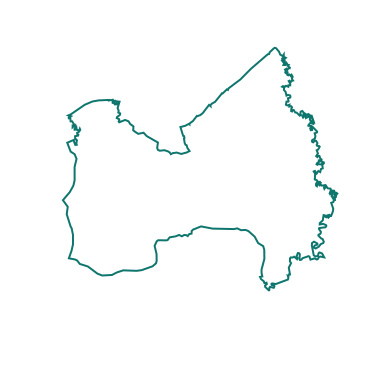 Aceh Utara, Aceh, Indonesia (Natural Earth projection), rotated 341°
{"feature_id": "22746128B43339434023645", "entity_name": "Aceh Utara", "entity_type": "district", "adm_level": 2, "iso_a3": "IDN", "parent_name": "Indonesia", "parent_adm1": "Aceh", "projection": "natural_earth1", "projection_center": [97.205, 4.994], "detail": "fine", "context": "isolated", "style": "outline", "palette": "teal", "viewbox_px": 384, "rotation_deg": 341, "n_neighbors": 0, "source": "geoboundaries", "source_scale": "gbopen_adm2", "svg_char_len": 6055}
<svg xmlns="http://www.w3.org/2000/svg" viewBox="0 0 384 384"><g transform="rotate(341 192 192)"><path d="M318.3,83.4L317.2,82.6L315.9,82.9L310.9,85.2L309.8,86.7L308.6,86.4L287.6,94.8L274.5,101.3L260.3,105.9L259.2,107.2L258.4,106.3L253.1,108.8L252.6,108.4L243.1,114.3L239.6,114.9L237.5,116.0L237.4,116.7L236.5,115.2L227.7,121.0L224.8,122.0L221.3,122.0L222.1,121.2L216.0,125.2L211.6,126.6L211.5,127.2L211.0,126.6L207.0,127.2L202.2,126.8L201.9,136.0L202.7,136.6L202.4,138.6L201.8,138.8L201.0,143.6L201.3,145.3L202.1,145.9L202.0,148.8L203.0,152.5L199.8,152.9L194.2,152.5L190.3,149.7L186.4,149.0L184.3,149.4L183.8,147.3L182.3,145.6L179.5,143.5L175.0,142.5L173.5,141.1L173.4,139.0L175.9,134.1L167.4,124.4L165.5,120.2L160.1,119.5L158.0,116.8L156.5,114.5L158.0,110.9L155.7,107.6L155.0,104.5L152.2,102.1L145.9,102.4L145.6,101.5L146.7,100.4L146.8,99.4L144.9,97.6L145.4,96.8L149.0,95.6L149.7,94.3L148.2,92.9L149.1,91.4L149.0,88.4L152.9,83.0L148.8,81.0L148.9,79.7L148.6,81.2L150.3,82.1L149.5,83.4L150.6,83.8L150.2,84.9L147.6,84.0L147.7,83.2L146.0,81.9L146.4,80.5L147.4,80.9L147.2,79.0L143.2,78.4L143.4,77.9L133.6,75.0L127.2,74.0L119.0,74.6L102.8,79.1L100.1,79.3L102.2,80.9L99.8,81.3L99.5,82.2L101.0,82.6L100.2,85.7L101.6,86.1L102.7,90.3L102.1,91.3L100.8,90.3L100.2,91.9L101.4,91.4L102.7,92.2L103.5,91.5L103.4,93.4L101.5,94.0L101.3,94.9L102.0,95.0L103.6,93.8L103.3,95.7L105.4,97.1L106.5,95.7L106.6,96.8L104.9,98.2L102.6,98.7L102.4,99.7L103.2,100.7L102.7,101.6L99.6,101.2L98.7,104.3L99.7,104.6L100.0,105.8L98.6,108.0L98.4,109.8L97.0,109.5L96.8,104.3L90.1,104.8L90.4,114.3L93.3,118.0L93.6,123.1L89.1,130.2L84.8,142.8L81.8,147.5L76.3,152.4L67.3,157.7L69.7,165.5L66.3,172.3L66.0,185.1L66.4,187.0L65.5,193.8L62.4,202.8L59.0,208.3L54.0,214.6L59.7,217.9L61.1,219.4L62.5,223.5L69.3,228.5L76.0,238.4L79.9,241.7L89.3,244.4L94.6,243.6L101.5,243.7L114.0,248.5L119.0,249.5L130.5,249.4L134.8,247.7L136.2,245.5L138.3,239.0L139.1,230.8L142.5,227.2L144.2,226.6L152.2,229.4L153.3,229.5L156.1,227.6L162.1,228.6L165.8,228.4L168.0,230.6L170.6,230.1L172.5,230.9L173.6,232.3L175.6,230.9L178.0,231.2L179.0,228.8L180.8,227.9L189.4,227.5L199.5,233.3L219.6,240.7L222.9,241.1L226.0,244.1L230.3,245.3L232.7,247.4L236.7,254.6L237.9,261.8L241.7,266.4L241.5,270.2L238.6,278.9L232.5,288.0L231.4,291.2L231.0,294.7L228.7,294.4L228.9,296.8L230.8,299.8L230.8,301.7L232.9,302.0L232.8,303.4L230.6,304.3L230.3,305.5L232.6,310.0L233.1,310.0L234.0,307.7L234.9,307.1L238.1,309.2L239.1,308.3L239.3,307.2L237.1,305.9L237.2,304.8L238.0,304.5L241.3,306.3L254.2,306.0L255.1,304.8L255.3,302.3L255.9,302.9L256.9,301.5L257.8,301.8L258.9,295.0L262.5,291.5L262.0,289.4L263.1,286.6L264.1,286.0L265.7,286.7L267.5,286.4L269.4,289.7L270.2,288.7L269.9,286.9L272.2,284.2L273.2,284.6L273.7,286.0L271.7,290.5L271.9,291.4L273.5,291.6L274.9,290.6L281.3,290.6L282.0,291.3L282.0,294.5L286.3,294.7L288.1,296.5L289.3,296.3L290.8,294.8L292.3,294.8L295.7,296.8L295.0,292.5L293.0,290.7L292.1,290.8L290.1,293.4L287.8,293.1L286.5,291.5L287.9,281.6L288.9,279.3L291.2,278.7L293.7,281.4L293.5,282.5L290.5,282.6L289.3,283.7L289.4,284.5L290.6,285.7L294.3,284.9L296.7,283.2L299.5,283.0L300.4,282.0L300.2,279.0L299.1,278.1L297.3,274.4L297.7,273.6L299.9,273.3L300.9,271.7L300.0,268.2L300.5,267.5L306.7,268.8L308.0,267.8L307.9,266.9L305.6,264.8L302.2,264.3L302.7,263.0L306.4,261.4L308.9,256.7L310.0,257.3L310.0,258.9L310.6,259.5L312.0,258.2L312.9,258.2L313.1,259.3L312.2,260.1L312.6,260.7L313.8,260.1L314.4,257.6L314.8,259.6L315.7,260.0L318.9,256.2L320.1,253.8L320.1,247.6L322.4,247.5L323.5,245.9L324.6,246.1L325.2,243.8L326.4,243.6L327.4,241.7L328.9,240.8L328.2,239.7L326.9,239.6L325.7,242.1L323.3,244.1L322.7,241.3L324.4,240.0L325.1,238.4L326.9,238.6L326.8,237.1L325.2,236.4L322.9,238.9L321.9,239.1L321.7,238.1L324.0,235.4L324.1,234.0L321.4,232.6L320.9,230.2L318.2,232.1L318.2,230.9L319.8,228.8L316.7,228.2L316.1,226.8L314.9,227.4L314.3,226.4L314.4,225.1L316.6,225.0L316.2,224.0L313.8,224.4L312.0,227.2L311.4,226.3L311.9,224.7L314.3,222.8L313.7,221.4L312.2,220.1L314.4,214.8L313.8,212.2L315.1,212.1L315.9,215.1L318.3,213.3L319.7,214.9L321.4,212.3L323.3,212.2L324.0,208.9L326.1,207.7L326.3,207.0L325.5,206.3L323.2,208.1L320.7,206.8L319.4,207.1L318.8,206.3L320.0,205.2L321.6,205.1L322.2,203.4L322.9,203.5L323.8,205.0L324.6,204.6L325.1,203.4L324.2,202.2L324.2,199.4L323.3,199.0L321.8,199.8L321.1,198.5L323.6,196.6L323.5,193.1L325.1,192.9L327.5,190.7L327.2,190.0L325.4,189.1L325.2,188.1L326.5,186.7L326.0,184.1L324.9,183.6L322.7,184.5L322.0,183.8L322.0,182.8L322.7,182.0L325.5,181.6L326.9,179.3L327.1,176.4L329.5,176.4L330.0,175.6L327.3,169.8L326.8,169.8L325.7,172.5L324.4,172.2L324.5,170.2L326.4,169.1L326.5,168.4L323.6,167.4L323.7,166.8L326.5,165.1L329.0,167.2L329.7,166.6L328.8,164.4L327.2,163.2L327.0,161.9L328.2,160.5L329.4,160.3L329.9,160.9L329.4,163.2L330.0,164.2L330.0,158.8L329.1,158.4L327.8,159.4L328.1,157.1L327.3,156.1L326.6,156.4L326.7,158.8L323.9,159.1L325.0,155.5L324.4,154.7L323.0,157.0L321.3,157.8L321.1,156.3L322.6,155.1L323.4,153.3L322.7,151.3L320.9,151.4L319.8,153.4L320.1,154.6L318.7,154.9L316.8,151.0L315.5,150.4L314.8,147.5L313.6,147.3L312.8,148.4L312.1,147.9L312.8,145.9L314.2,144.5L313.7,143.2L311.8,142.9L312.6,141.2L310.3,141.2L309.2,140.1L310.8,137.3L312.5,137.9L312.9,137.5L313.2,134.6L315.6,134.7L316.2,133.7L316.2,132.7L314.4,131.4L312.7,131.6L313.1,127.8L312.1,125.4L313.1,123.3L311.5,121.8L312.4,121.5L314.6,122.7L315.4,122.2L317.3,123.8L317.9,122.5L319.6,123.1L320.1,121.6L319.6,118.6L320.4,118.5L321.1,120.2L322.4,119.4L323.8,119.5L323.2,117.6L324.1,116.6L323.5,115.4L324.6,115.4L324.3,113.6L323.5,114.1L322.3,112.6L321.3,113.1L320.4,112.5L321.1,110.6L319.9,110.8L319.1,109.5L319.9,107.9L320.4,109.3L320.9,109.2L319.8,106.6L321.3,106.2L321.5,107.9L323.5,106.4L324.7,106.8L325.0,106.3L323.7,104.2L324.8,103.4L323.9,102.8L323.2,100.2L322.3,100.5L321.8,102.4L319.8,101.7L321.1,100.2L320.0,97.4L320.9,97.5L321.9,99.0L322.4,98.2L322.0,96.9L320.5,96.2L320.6,95.3L321.3,95.0L322.7,96.4L324.4,95.7L322.8,94.0L323.5,91.9L322.0,93.1L320.1,90.7L320.0,87.8L318.3,83.4Z" fill="none" stroke="#0f766e" stroke-width="2"/></g></svg>